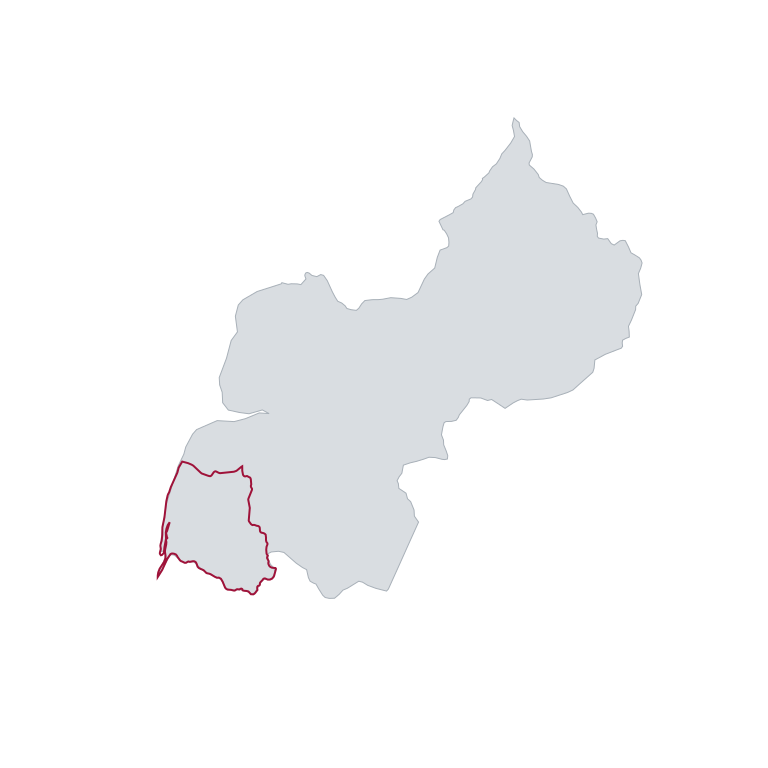 location of Barima-Waini within Guyana, rotated 246°
{"feature_id": "GUY-675", "entity_name": "Barima-Waini", "entity_type": "Region", "adm_level": 1, "iso_a3": "GUY", "parent_name": "Guyana", "parent_adm1": "", "projection": "orthographic", "projection_center": [-59.909, 7.754], "detail": "fine", "context": "in_parent", "style": "outline", "palette": "rose", "viewbox_px": 768, "rotation_deg": 246, "n_neighbors": 0, "source": "natural_earth", "source_scale": "10m", "svg_char_len": 6477}
<svg xmlns="http://www.w3.org/2000/svg" viewBox="0 0 768 768"><g transform="rotate(246 384 384)"><path d="M243.8,359.4L227.5,341.1L211.0,322.7L194.9,304.6L193.8,302.1L200.6,293.5L206.6,287.3L211.7,283.8L214.1,280.7L212.3,267.5L212.4,262.7L210.1,257.5L208.4,251.7L210.4,246.8L212.9,243.4L216.0,242.1L223.6,241.0L228.9,240.5L230.8,238.6L233.9,236.3L237.9,236.2L245.9,237.8L249.5,234.9L256.1,230.9L270.8,224.1L274.1,219.6L276.4,212.7L276.2,209.4L274.7,208.2L271.0,207.0L265.4,206.9L260.9,208.6L256.3,207.7L252.5,203.4L252.2,199.9L254.5,194.9L253.2,191.6L245.9,181.0L245.9,178.1L251.3,173.4L254.3,169.4L258.5,159.8L261.8,156.6L272.0,155.5L274.6,153.5L279.8,148.4L287.6,142.6L298.8,138.0L302.0,129.6L304.0,127.3L312.9,122.8L314.5,120.5L314.2,118.4L300.0,99.5L302.8,100.8L313.9,113.1L320.0,115.8L321.3,115.8L321.3,112.6L327.0,114.0L341.5,122.4L362.8,136.3L392.8,162.6L401.3,172.6L407.1,177.3L416.0,188.7L418.6,194.3L418.4,216.7L410.6,231.8L408.7,243.2L408.3,258.3L403.7,267.0L409.8,262.3L411.7,248.6L416.8,240.3L423.5,231.2L432.5,229.0L442.2,232.8L450.0,233.5L456.9,236.1L471.6,250.6L485.9,262.1L491.2,271.3L506.4,275.8L515.4,283.0L518.3,289.3L520.1,305.8L517.3,330.7L518.1,331.9L514.1,336.9L513.3,340.0L510.7,345.5L508.6,348.5L511.7,355.4L515.1,355.7L516.4,356.5L517.3,357.9L517.1,359.3L515.8,360.7L512.5,362.3L509.4,366.3L509.7,370.7L507.8,373.0L501.5,374.2L489.2,374.3L483.2,374.7L478.4,375.4L475.2,378.3L471.2,380.3L468.1,380.8L465.3,384.1L462.5,388.7L463.5,391.9L466.3,396.2L468.0,400.5L465.8,407.6L463.4,413.1L462.0,417.2L460.1,425.3L455.4,434.1L452.0,439.1L452.0,444.6L453.7,452.3L463.4,463.5L466.6,468.9L469.3,477.5L478.0,484.2L483.5,489.7L483.0,497.0L483.7,499.2L487.1,501.0L491.3,502.4L495.8,502.3L499.9,501.6L500.9,500.6L510.3,500.4L511.4,502.2L512.0,512.7L512.4,516.9L514.6,518.6L516.0,521.1L516.0,523.5L516.5,529.3L517.9,532.4L517.7,538.6L518.7,540.9L521.3,542.5L524.6,546.9L525.8,547.5L526.5,549.0L529.3,555.4L530.7,557.3L531.8,557.5L532.2,559.7L534.2,565.7L535.6,567.1L538.3,571.5L539.4,576.2L542.9,581.6L546.4,585.3L548.0,589.2L552.6,597.8L557.0,603.9L563.0,605.4L568.0,606.2L571.1,608.5L574.2,611.0L570.9,612.2L568.0,613.8L563.9,612.6L558.2,613.3L552.2,615.0L546.8,615.9L536.5,613.3L533.3,612.9L531.2,611.8L526.9,606.4L524.9,605.8L519.4,608.4L512.7,610.1L509.5,609.8L505.7,611.6L502.1,614.1L495.3,624.6L491.8,628.3L488.0,630.0L480.5,630.0L472.4,630.4L466.4,632.9L460.7,634.3L457.9,634.4L456.9,640.2L455.6,642.8L453.9,644.4L449.5,644.8L445.5,644.7L443.1,642.3L438.7,641.1L434.7,640.3L432.2,638.9L430.1,639.3L428.4,641.7L427.0,643.7L425.8,647.5L419.8,648.7L417.3,650.8L418.8,657.8L418.1,660.6L416.8,662.7L409.6,663.1L403.4,663.0L399.9,665.6L395.4,668.6L392.8,669.2L389.6,669.0L385.4,665.6L381.4,661.3L371.1,658.3L360.9,655.8L354.3,649.0L352.7,645.6L349.6,644.1L341.7,636.0L337.3,630.8L332.6,629.4L327.1,627.2L327.3,623.4L327.0,619.8L324.6,618.3L321.4,617.3L320.2,615.3L320.5,610.5L321.1,598.2L320.2,586.4L312.9,582.3L309.8,579.5L304.3,562.1L301.7,554.2L301.6,548.4L303.4,531.0L305.5,523.4L311.1,508.3L314.3,503.2L314.5,499.4L314.2,494.4L312.5,484.7L322.1,478.6L326.1,476.0L326.8,471.9L331.9,466.7L334.2,461.8L336.0,457.9L335.5,455.8L333.3,454.6L330.7,450.9L325.2,440.3L323.2,438.2L321.5,435.2L322.4,430.4L324.5,425.3L324.2,423.2L320.9,420.4L314.2,415.8L308.5,415.5L304.2,413.8L297.8,413.6L292.6,413.1L289.7,411.4L290.3,408.6L291.6,406.4L295.9,401.0L298.8,395.3L299.2,389.7L300.1,382.3L301.3,376.0L302.0,368.7L295.2,364.0L293.1,360.1L290.3,356.6L287.2,356.6L282.6,355.1L275.3,359.7L269.6,358.8L265.7,360.5L256.7,360.2L250.9,358.0L243.8,359.4Z" fill="#d9dde1" stroke="#a8b0b8" stroke-width="1"/><path d="M296.1,139.7L297.7,139.6L299.0,138.8L299.8,137.5L300.5,134.3L301.4,133.2L301.5,132.3L301.3,131.4L301.2,130.3L301.8,129.1L303.8,127.5L304.6,126.6L305.9,125.9L309.8,125.1L311.4,125.0L313.0,124.5L314.4,123.1L315.4,121.4L315.5,119.8L312.4,114.8L304.4,105.8L299.7,98.8L301.2,99.5L303.8,101.2L306.5,103.9L310.9,110.7L313.8,113.5L316.0,114.6L319.7,115.6L321.6,116.6L325.9,119.7L328.1,120.9L330.4,121.4L331.1,122.5L331.3,123.3L331.6,123.5L332.1,123.4L336.4,124.3L337.0,124.8L338.0,126.1L344.9,132.0L343.1,129.1L340.4,126.5L337.2,124.3L331.4,122.0L324.3,117.1L319.7,114.5L319.0,113.7L318.1,111.5L318.3,110.5L320.1,110.2L321.3,110.8L324.1,113.0L327.2,113.9L328.7,114.9L331.2,117.1L336.3,120.1L343.3,123.3L351.5,129.2L365.5,137.5L370.2,141.0L371.3,142.1L372.4,143.6L376.6,147.4L387.1,159.2L391.1,162.4L393.4,165.6L395.2,168.1L391.4,172.8L388.5,175.5L386.9,176.6L377.5,180.5L376.4,181.1L371.8,185.9L370.9,187.0L370.4,188.0L370.5,188.6L370.6,189.1L370.9,189.7L372.3,192.0L372.6,192.5L372.8,193.1L372.9,193.8L372.8,194.5L372.2,195.2L370.3,196.7L369.6,197.4L369.2,198.0L364.9,211.2L364.8,212.3L364.7,213.4L364.8,214.4L366.4,220.1L366.5,221.0L362.3,219.2L358.9,218.4L358.3,218.3L357.7,218.4L356.8,218.7L356.4,219.1L356.1,219.4L356.0,219.8L355.7,221.3L355.5,221.6L354.5,222.3L352.9,223.6L352.0,223.7L350.9,223.5L346.3,221.9L345.2,221.0L344.7,220.8L344.1,220.6L341.9,220.8L341.3,220.5L340.9,220.2L334.5,213.6L334.0,213.2L333.5,212.9L325.4,211.0L314.3,204.9L313.5,204.8L312.4,205.0L310.1,205.5L309.2,206.0L308.6,206.5L308.5,206.9L308.2,207.9L307.8,208.5L306.8,209.5L306.3,210.0L305.6,211.1L305.1,211.6L304.5,211.9L303.9,212.1L303.1,212.0L300.1,210.9L298.9,211.0L298.2,211.4L297.8,211.9L297.5,212.3L297.1,212.9L296.6,213.4L296.1,213.9L295.5,214.2L295.1,214.4L294.5,214.6L291.8,213.8L289.4,212.7L288.0,212.4L287.1,212.4L286.1,212.7L285.5,212.6L284.9,212.3L283.1,210.5L280.7,209.1L277.9,208.1L276.7,207.7L275.3,207.8L274.4,208.0L273.5,206.9L272.6,206.4L271.6,206.4L270.3,206.5L269.2,206.5L268.4,206.1L267.6,205.5L266.6,205.2L264.6,205.2L263.0,205.8L261.7,207.0L260.0,210.0L259.0,210.1L253.7,205.8L252.8,204.9L251.7,202.6L251.7,200.3L252.6,198.2L254.5,196.5L254.9,196.0L255.0,195.4L255.1,194.8L254.9,194.2L254.2,193.1L253.4,190.9L252.8,189.9L252.3,189.5L251.6,189.2L251.0,188.8L250.6,188.1L250.7,187.4L250.8,186.9L250.7,186.5L250.4,185.9L249.3,185.2L248.3,184.9L247.3,184.6L245.5,181.3L245.1,180.1L245.0,179.0L246.1,176.9L249.6,175.8L250.8,174.3L251.9,172.3L252.6,171.3L253.1,170.9L254.3,171.1L255.0,170.6L255.3,169.6L255.1,168.4L256.3,166.3L256.3,165.5L256.0,164.0L256.1,163.3L256.5,162.6L258.2,160.5L259.7,157.6L260.8,156.6L262.6,156.0L269.1,156.2L272.4,155.8L274.3,154.4L274.9,152.6L276.6,151.1L280.4,148.5L280.7,148.3L281.8,147.2L282.6,146.0L283.5,144.9L287.2,143.5L288.5,142.4L289.8,141.1L291.4,139.9L293.0,139.4L296.1,139.7Z" fill="none" stroke="#9f1239" stroke-width="2"/></g></svg>